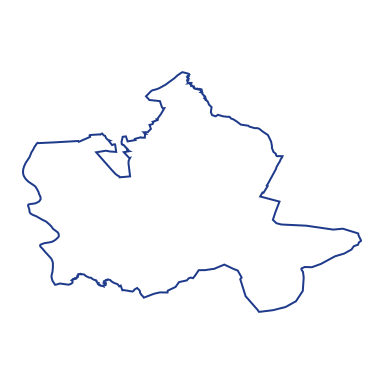 Kauguru pag., Beverinas, Latvia
{"feature_id": "27541924B64274415007914", "entity_name": "Kauguru pag.", "entity_type": "district", "adm_level": 2, "iso_a3": "LVA", "parent_name": "Latvia", "parent_adm1": "Beverinas", "projection": "natural_earth1", "projection_center": [25.472, 57.49], "detail": "fine", "context": "isolated", "style": "outline", "palette": "blue", "viewbox_px": 384, "rotation_deg": 0, "n_neighbors": 0, "source": "geoboundaries", "source_scale": "gbopen_adm2", "svg_char_len": 5783}
<svg xmlns="http://www.w3.org/2000/svg" viewBox="0 0 384 384"><path d="M188.9,74.0L187.8,73.5L183.8,72.5L182.7,72.2L181.9,72.4L177.7,75.2L174.4,78.2L165.4,84.8L159.4,88.1L156.7,89.2L152.4,90.3L151.0,91.2L146.0,96.3L149.4,100.0L159.9,101.1L161.9,107.1L163.0,108.5L164.2,108.1L164.4,108.1L161.1,113.8L157.7,118.5L157.8,118.9L156.6,119.2L157.3,120.2L152.7,121.8L153.3,122.6L152.7,123.9L151.8,124.4L149.5,124.9L150.9,128.9L147.8,132.0L147.7,132.2L143.8,132.3L145.5,133.8L144.6,133.7L144.9,134.2L145.0,134.9L144.8,137.7L140.9,137.6L140.7,137.3L134.8,138.9L134.7,139.2L135.3,140.1L127.6,141.4L125.9,136.4L122.7,136.8L121.5,142.0L121.8,144.1L122.3,144.2L122.6,144.9L123.6,145.0L126.4,147.9L126.2,147.9L127.8,149.6L127.1,149.9L127.1,150.3L129.3,151.2L123.8,152.2L129.4,158.2L130.0,158.0L129.4,159.1L128.6,161.0L128.5,163.4L130.1,176.4L119.6,177.3L119.5,176.6L117.1,175.2L115.3,173.8L111.6,169.8L96.2,152.3L105.9,150.7L110.1,151.5L116.2,151.9L115.1,144.4L114.1,144.3L112.1,145.1L108.7,140.7L109.6,140.5L108.1,139.9L107.1,139.2L106.1,138.1L105.1,135.9L104.0,135.5L102.0,133.5L100.2,134.6L99.9,134.4L91.4,134.9L90.5,135.1L90.0,135.0L89.6,135.4L90.1,136.9L78.8,141.8L78.2,141.0L53.8,142.4L38.6,143.1L37.6,142.8L36.6,143.8L34.2,147.5L32.9,150.1L31.4,152.4L29.6,157.0L25.8,162.7L24.2,166.1L23.2,169.4L23.0,172.7L23.5,175.1L23.9,176.1L25.7,179.0L28.3,181.6L34.8,186.0L35.4,186.6L37.1,189.3L38.5,192.0L39.0,193.8L40.5,197.0L40.6,199.3L39.2,201.4L37.4,202.4L36.0,203.1L34.0,203.6L31.3,203.9L28.7,204.4L28.2,204.9L28.0,205.3L28.1,205.8L29.3,209.3L29.6,212.0L29.9,212.6L30.5,213.5L32.8,214.9L36.4,216.3L41.9,219.5L46.3,221.7L49.8,224.8L51.5,226.6L53.1,228.9L57.3,232.0L58.2,233.0L58.6,233.9L58.8,235.1L58.8,236.1L58.4,237.1L55.7,239.6L53.6,241.0L51.9,241.8L49.9,242.3L44.2,243.2L41.1,244.4L40.3,244.9L40.1,245.3L40.3,246.3L40.6,246.9L42.2,248.4L45.0,251.7L51.2,258.5L52.1,260.3L52.6,261.9L52.9,263.1L52.9,267.2L52.5,271.6L51.5,275.7L51.6,277.7L52.5,280.8L55.1,284.8L57.8,284.2L59.8,283.5L68.6,284.7L70.9,283.9L72.4,282.8L72.6,281.9L72.3,280.7L71.6,280.3L72.3,279.8L72.8,279.8L73.1,279.5L74.6,279.1L74.2,278.8L74.8,278.7L74.8,278.2L75.3,278.1L75.5,278.6L76.6,278.3L77.0,277.3L77.3,277.0L77.2,276.9L77.2,276.6L78.0,276.6L78.0,276.4L77.9,276.2L78.1,275.8L77.7,275.3L78.3,274.7L78.3,274.2L78.6,274.1L78.7,274.3L78.9,274.3L80.2,273.9L80.3,274.2L80.9,274.3L81.0,274.0L82.0,274.1L82.3,274.3L84.1,274.5L84.6,274.8L85.6,275.9L88.9,277.5L89.5,277.7L90.8,277.7L91.5,278.0L92.3,278.9L92.9,279.2L94.3,279.9L95.9,280.2L96.2,280.9L96.6,281.1L96.5,281.6L97.9,282.8L97.6,282.9L97.6,283.1L97.9,283.1L97.9,283.6L98.4,283.5L98.2,283.9L98.7,284.2L98.7,284.7L98.9,284.9L99.2,284.7L99.6,285.1L100.0,285.0L100.2,285.5L100.8,285.6L101.3,285.9L102.4,285.7L102.7,286.0L103.4,286.3L103.3,286.0L103.7,285.9L103.9,285.4L104.7,285.2L105.2,285.3L105.6,285.1L105.8,284.0L105.3,284.0L105.1,283.7L104.8,283.6L105.0,283.3L104.3,283.4L104.0,283.2L104.6,283.0L104.7,282.7L104.6,282.3L104.1,282.3L103.9,281.3L104.9,281.0L105.4,280.4L105.6,280.5L106.0,280.1L106.3,280.5L106.6,280.4L106.8,280.3L106.7,280.1L107.0,279.9L106.9,279.8L108.0,279.4L110.3,280.1L111.5,281.4L114.0,282.9L117.6,284.2L119.3,286.4L120.7,285.6L122.4,290.3L123.9,290.1L131.5,291.4L132.6,291.5L133.6,290.8L134.4,289.6L137.1,288.0L138.7,289.5L139.7,290.7L139.9,291.2L140.1,292.7L141.4,294.9L142.8,296.2L143.7,297.6L144.2,297.5L153.9,293.8L158.0,292.8L160.0,292.4L167.5,292.5L167.8,290.6L175.5,287.0L179.0,282.1L186.8,280.4L188.9,278.2L190.9,277.6L193.0,278.2L195.1,275.6L198.7,270.2L205.3,270.1L212.6,269.0L214.0,268.9L224.3,264.6L233.9,269.1L237.7,270.5L241.6,277.4L241.6,277.7L240.4,278.9L240.3,279.3L245.6,296.2L257.6,309.9L258.9,311.8L260.7,311.7L272.9,310.2L285.6,307.0L296.0,301.2L302.8,290.9L303.7,277.6L303.0,272.0L301.4,269.4L301.4,268.7L301.6,268.4L304.8,267.0L311.9,267.2L321.0,263.9L335.0,256.3L344.1,253.6L351.5,249.5L353.8,246.2L358.0,244.7L358.9,242.4L360.6,241.2L361.0,240.8L360.9,240.2L358.5,235.3L358.3,233.7L358.1,233.4L342.8,228.7L333.2,229.6L306.4,225.7L281.4,224.5L276.7,223.3L276.2,223.0L272.9,219.8L275.4,212.2L279.5,201.6L260.2,196.5L262.5,192.5L263.5,192.8L267.7,186.0L267.7,185.9L266.8,185.5L268.0,183.6L275.8,169.3L276.5,167.1L278.9,162.8L279.7,161.7L280.6,159.5L282.2,157.0L282.5,156.2L276.8,156.1L276.0,155.1L275.8,153.8L273.3,151.7L272.8,150.0L271.9,148.1L272.0,146.3L271.1,141.6L268.0,135.1L262.9,131.7L259.1,128.7L257.2,128.1L254.6,128.1L249.6,126.7L248.2,125.7L240.8,124.6L237.0,121.7L233.5,119.4L231.2,118.6L229.5,116.8L227.3,116.8L222.9,116.3L218.0,114.8L215.6,116.3L212.1,115.1L210.9,112.3L211.2,109.4L211.6,107.2L208.9,104.5L208.1,102.3L207.6,101.4L205.2,99.6L205.2,99.3L205.9,99.0L205.3,98.3L204.9,98.4L204.5,98.2L204.8,98.0L204.7,97.6L205.2,97.2L204.7,96.7L204.9,96.4L204.0,95.8L204.1,95.5L202.7,94.4L202.6,94.0L201.5,92.5L200.9,92.3L201.3,92.1L201.1,91.9L201.2,91.7L201.6,91.7L201.2,91.3L201.5,90.7L201.8,90.6L201.7,90.4L201.2,90.3L201.4,89.7L201.0,89.7L201.2,89.4L200.8,89.2L200.5,89.4L200.2,89.1L199.7,89.2L199.2,88.9L199.0,89.0L198.9,89.4L198.0,88.9L197.9,89.2L198.1,89.4L197.2,89.2L196.9,88.9L196.7,89.1L195.6,88.9L195.5,88.7L195.1,88.8L194.8,88.3L194.0,88.2L193.6,87.6L193.6,87.4L193.9,87.4L194.0,87.3L193.9,87.1L193.5,87.1L193.4,86.9L194.0,86.9L193.9,86.5L193.2,86.7L192.8,86.5L193.0,86.2L192.0,86.0L191.6,85.7L191.1,85.9L191.0,85.5L191.2,85.3L191.4,85.1L191.4,84.9L191.0,85.0L190.7,84.8L190.6,84.3L190.8,84.1L190.0,83.9L190.0,83.5L190.7,82.9L189.4,82.8L188.7,83.2L188.0,83.3L188.2,83.1L187.9,82.8L188.0,82.5L187.4,81.5L187.5,80.9L187.8,80.6L187.2,80.4L187.1,80.2L187.3,79.9L187.8,79.7L187.6,79.2L188.0,78.9L188.6,78.7L188.4,78.5L188.4,78.1L188.1,78.0L187.1,77.0L187.8,76.6L187.4,76.5L187.6,76.0L188.4,75.9L188.4,75.6L189.0,75.2L189.2,74.9L188.8,74.8L188.7,74.5L188.9,74.0Z" fill="none" stroke="#1e3a8a" stroke-width="2"/></svg>